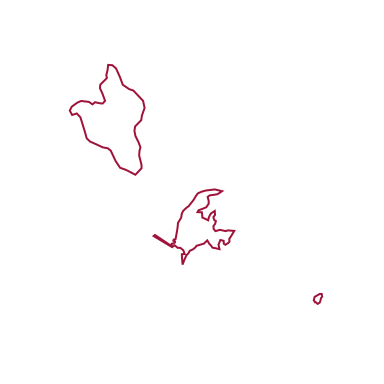 the district of Ansan-si, Gyeonggi, South Korea, rotated 250°
{"feature_id": "91817680B39459501575733", "entity_name": "Ansan-si", "entity_type": "district", "adm_level": 2, "iso_a3": "KOR", "parent_name": "South Korea", "parent_adm1": "Gyeonggi", "projection": "natural_earth1", "projection_center": [126.664, 37.234], "detail": "fine", "context": "isolated", "style": "outline", "palette": "rose", "viewbox_px": 384, "rotation_deg": 250, "n_neighbors": 0, "source": "geoboundaries", "source_scale": "gbopen_adm2", "svg_char_len": 2170}
<svg xmlns="http://www.w3.org/2000/svg" viewBox="0 0 384 384"><g transform="rotate(250 192 192)"><path d="M340.1,156.7L335.0,154.1L334.9,154.0L331.1,151.4L328.4,151.1L327.3,149.2L324.3,142.6L321.1,141.0L314.9,141.5L310.1,141.5L307.4,141.5L305.7,138.3L306.8,135.9L309.5,131.6L308.4,128.4L311.9,126.0L315.4,119.1L315.4,118.0L315.2,114.8L314.6,112.7L313.3,108.2L310.3,105.0L305.4,105.7L305.2,110.6L300.3,112.7L284.7,111.9L278.5,111.4L274.2,113.5L269.3,118.6L264.5,123.4L261.8,127.9L258.6,129.8L247.2,130.8L239.4,132.7L235.4,137.5L227.6,144.7L231.6,152.7L234.6,153.8L239.2,154.3L244.3,154.8L248.6,156.7L251.6,158.8L256.7,158.8L264.0,158.0L269.1,158.8L273.1,161.0L276.9,168.9L281.0,171.1L287.2,176.2L294.4,177.2L307.4,171.6L310.1,168.2L316.5,163.6L324.6,163.6L334.1,162.9L338.4,160.5L340.1,156.7ZM150.4,158.7L150.2,157.9L150.0,157.0L150.2,156.1L150.3,155.2L149.9,154.9L148.9,154.6L147.9,154.5L164.3,142.5L163.7,140.9L147.2,154.3L147.8,157.5L144.5,159.4L143.4,162.0L140.2,163.9L136.2,163.9L137.0,161.2L134.6,160.4L127.0,158.3L131.3,162.0L132.9,163.6L134.5,165.2L135.6,167.6L137.5,169.8L137.8,173.5L138.9,176.4L139.9,177.8L139.7,181.0L139.4,185.5L141.3,189.8L137.2,190.6L135.6,191.4L132.7,192.2L131.3,194.6L128.9,198.3L133.5,198.9L137.2,202.3L135.3,205.0L132.4,204.2L131.0,205.3L131.8,209.0L132.6,210.3L135.1,210.9L137.5,214.1L141.0,218.4L143.7,212.5L143.7,210.3L146.9,205.3L147.2,200.7L149.9,199.7L152.6,200.5L154.2,202.9L156.6,204.5L158.0,203.4L161.0,203.4L162.6,205.8L166.4,206.9L165.5,202.9L164.5,201.3L162.3,199.1L159.9,197.5L161.8,195.7L164.5,193.0L167.2,193.8L169.6,194.3L171.2,190.3L172.6,191.9L172.6,196.5L172.8,200.2L175.3,203.7L178.2,204.7L182.0,205.0L182.8,207.4L182.0,210.9L181.2,215.2L182.5,220.5L186.6,214.4L188.7,205.3L189.0,201.0L188.7,197.0L186.9,194.3L183.9,190.6L179.8,183.9L179.0,181.2L177.4,177.5L175.3,175.1L171.5,173.0L167.7,168.2L165.6,167.3L162.6,165.8L153.4,160.5L153.3,159.8L153.5,159.1L153.5,158.5L152.6,157.8L151.3,159.1L150.4,158.7ZM52.5,277.3L52.2,275.3L51.8,273.2L51.6,271.5L48.7,269.4L46.3,269.9L46.3,270.5L43.9,271.8L44.4,274.2L46.1,275.6L48.0,276.8L49.2,278.5L51.8,279.0L52.5,277.3Z" fill="none" stroke="#9f1239" stroke-width="2"/></g></svg>